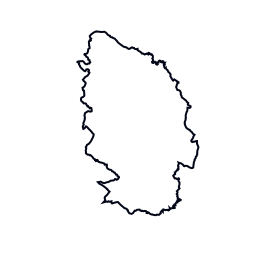 outline of Trinidad García de la Cadena, Zacatecas, Mexico, rotated 306°
{"feature_id": "50627088B14065346793117", "entity_name": "Trinidad García de la Cadena", "entity_type": "district", "adm_level": 2, "iso_a3": "MEX", "parent_name": "Mexico", "parent_adm1": "Zacatecas", "projection": "natural_earth1", "projection_center": [-103.511, 21.223], "detail": "fine", "context": "isolated", "style": "outline", "palette": "ink", "viewbox_px": 256, "rotation_deg": 306, "n_neighbors": 0, "source": "geoboundaries", "source_scale": "gbopen_adm2", "svg_char_len": 5845}
<svg xmlns="http://www.w3.org/2000/svg" viewBox="0 0 256 256"><g transform="rotate(306 128 128)"><path d="M158.0,191.5L157.4,190.8L155.6,189.5L155.4,188.9L154.4,188.2L154.4,187.4L154.7,186.8L155.5,186.5L158.3,186.5L159.5,185.9L161.6,185.8L161.5,184.0L162.2,182.2L162.3,180.2L162.8,179.0L162.4,178.2L162.4,175.5L163.0,173.9L164.6,171.5L165.3,171.3L165.6,170.7L166.2,170.4L168.7,169.7L169.7,168.9L170.3,168.9L171.8,167.4L175.1,166.1L176.9,165.8L179.4,164.2L180.4,165.9L181.1,166.4L181.6,166.4L182.4,165.8L182.4,165.3L181.9,163.2L182.2,162.5L183.7,162.0L183.7,160.4L184.3,159.0L184.5,153.4L185.5,152.4L185.9,151.3L186.7,150.5L187.4,150.2L188.6,148.4L188.5,147.0L187.8,145.5L189.5,142.8L190.9,142.5L191.7,142.0L192.8,142.0L193.3,141.5L194.3,142.3L194.7,142.0L194.5,136.8L192.9,136.6L193.3,135.1L194.9,131.7L196.4,131.0L197.1,128.6L197.0,127.8L198.1,125.9L198.0,125.1L198.6,123.2L199.0,123.0L198.2,122.5L198.6,121.6L200.1,119.8L200.9,119.9L201.1,120.3L201.6,119.6L202.4,119.5L201.5,118.6L201.9,118.1L202.6,117.7L202.7,117.4L202.4,116.7L202.1,116.4L201.0,116.7L200.7,116.0L201.3,114.8L201.3,114.3L201.0,113.8L200.2,113.6L199.0,114.2L198.4,113.2L197.8,113.5L196.9,114.6L196.4,114.4L196.1,113.6L196.2,113.2L197.3,111.7L197.5,110.8L197.0,110.4L195.6,110.4L195.1,109.4L195.2,109.0L195.8,108.5L196.4,108.8L197.0,108.8L198.1,107.9L198.5,106.8L199.5,106.8L200.6,106.0L201.1,105.4L201.5,103.9L200.9,103.7L201.1,102.9L200.6,102.2L201.1,101.7L201.0,100.6L200.4,100.3L199.4,100.9L199.1,99.3L198.4,99.1L197.9,98.4L197.3,98.3L197.0,96.1L196.4,95.6L196.4,95.2L196.9,94.2L196.6,90.2L197.5,89.4L197.0,89.2L197.2,88.8L196.6,88.3L196.1,87.3L196.0,86.4L196.3,85.8L195.6,84.5L195.6,83.8L192.7,82.6L192.3,81.7L192.2,78.7L191.7,78.2L191.2,76.4L191.2,71.4L191.4,69.1L191.8,68.4L192.5,64.5L192.0,62.8L192.1,61.8L191.7,61.5L191.4,60.3L191.5,59.7L192.0,59.3L191.5,57.4L192.2,54.0L192.0,52.4L189.9,49.9L188.5,47.2L187.7,46.4L187.6,45.6L185.5,44.3L182.3,43.2L179.9,43.0L179.1,44.0L178.6,45.7L177.6,45.4L177.0,46.5L176.5,46.4L175.9,45.5L174.7,45.7L172.1,48.0L171.8,48.1L171.5,48.7L170.1,50.0L168.3,49.5L166.5,50.6L164.5,51.1L163.4,50.5L162.4,49.4L161.8,49.6L161.5,51.8L161.1,52.6L161.4,53.6L161.3,54.1L160.6,55.2L159.9,55.6L160.2,57.0L159.7,57.2L159.1,58.7L158.6,58.5L157.9,58.9L157.4,58.8L156.8,57.9L155.6,57.5L155.0,56.6L154.9,55.1L155.5,53.2L155.5,52.0L153.2,49.2L151.9,48.2L151.6,48.3L151.7,50.4L150.5,51.1L150.2,52.4L149.6,52.9L149.1,54.4L148.5,58.8L148.7,59.9L149.5,60.1L150.9,59.9L152.0,61.0L152.0,62.2L151.6,62.6L150.3,62.7L150.1,63.3L150.2,64.2L149.3,64.5L146.4,64.5L144.2,63.4L140.5,63.2L139.9,65.3L139.8,66.9L139.1,67.6L136.3,68.3L134.7,68.0L133.9,67.5L132.1,69.4L132.4,70.2L132.2,70.6L128.5,73.7L126.8,73.5L125.2,72.5L123.9,72.8L122.6,74.0L122.3,75.1L122.4,76.2L121.9,77.4L121.9,77.8L122.6,78.5L123.0,79.6L122.0,81.5L122.3,82.4L121.7,82.8L122.0,83.3L121.5,85.4L122.4,85.7L122.6,86.6L120.8,88.4L120.4,88.7L119.8,88.6L119.0,87.7L118.2,85.8L114.9,84.5L114.0,84.7L113.4,85.2L112.6,85.3L111.1,87.1L110.0,87.5L109.4,88.1L105.5,89.1L104.7,90.2L103.1,90.4L102.4,90.7L101.0,92.4L102.0,93.0L104.6,93.0L104.8,93.7L103.5,100.9L103.1,101.7L102.8,103.8L102.5,104.2L100.0,105.1L95.2,105.8L92.2,105.6L90.1,104.7L88.9,105.1L87.9,105.0L87.4,105.4L87.1,106.2L84.9,107.0L83.9,108.2L83.0,108.6L82.7,109.2L82.7,110.9L83.4,111.9L83.3,112.8L83.5,113.2L83.9,113.3L84.0,113.8L83.7,116.3L83.0,118.2L83.3,119.3L82.6,120.1L83.4,121.1L82.7,121.1L82.4,121.5L82.9,122.0L83.6,122.0L84.0,122.3L84.0,122.7L83.6,123.1L83.3,124.0L83.8,125.0L83.7,125.6L84.5,127.0L85.3,129.7L84.6,130.7L85.5,131.5L85.4,132.0L85.9,132.5L85.5,132.9L84.3,133.3L83.2,135.1L83.4,137.5L84.1,138.8L84.1,139.6L83.6,140.6L84.0,141.4L83.8,143.0L84.1,143.4L83.3,145.8L83.8,146.5L83.7,146.9L82.8,148.0L83.2,149.2L82.7,149.8L80.9,149.9L79.8,149.5L79.4,149.2L79.5,148.1L79.1,147.5L78.0,147.5L77.2,147.2L75.1,144.9L73.1,144.1L70.8,142.1L69.7,141.5L68.9,140.1L68.5,137.4L66.5,135.5L66.1,137.5L66.6,140.7L66.5,146.2L66.2,146.6L66.4,147.4L65.9,148.1L65.7,150.5L61.7,150.4L59.0,149.9L58.2,150.0L57.3,150.6L56.1,152.1L53.3,151.8L55.8,153.8L56.2,154.9L57.3,155.3L57.5,156.5L59.0,157.7L57.8,158.5L57.6,159.5L60.2,161.4L62.2,163.3L61.5,167.1L61.1,172.2L61.8,174.4L61.3,175.5L61.4,176.3L60.8,176.5L59.8,179.1L60.6,181.3L62.0,182.1L65.0,182.0L65.5,182.9L67.0,183.3L68.5,184.9L68.8,185.5L68.4,186.3L68.9,188.0L69.4,188.1L69.8,189.4L70.7,190.2L71.3,191.4L71.3,192.5L70.2,192.9L70.5,193.8L71.8,194.4L71.5,196.2L71.9,198.0L72.5,198.6L72.5,199.3L73.3,200.9L74.1,202.0L75.0,202.3L75.4,203.3L76.2,204.2L76.6,204.1L78.1,204.7L79.0,203.9L81.0,204.0L80.7,205.4L82.1,204.5L82.9,204.4L83.5,206.5L84.8,207.7L85.0,209.1L85.5,209.4L85.8,208.9L87.3,209.7L87.9,208.9L87.8,210.0L88.9,210.6L90.7,212.8L90.9,212.7L90.8,210.8L91.1,210.8L91.3,211.2L91.5,211.1L92.0,209.6L92.1,210.7L92.7,211.6L93.2,211.9L93.4,211.5L93.1,210.7L93.5,210.5L94.3,211.2L95.5,210.8L96.7,211.6L97.2,210.9L98.0,211.6L98.2,210.6L98.6,210.4L99.0,210.6L99.0,211.6L99.5,212.2L100.0,212.2L100.4,213.0L100.9,212.8L100.4,209.5L101.4,208.9L101.5,208.0L102.9,207.5L103.2,206.2L104.3,206.2L105.2,205.8L105.6,204.7L109.4,205.2L110.1,203.8L112.6,202.8L114.2,201.7L114.7,200.3L115.8,199.1L116.6,199.4L117.0,199.0L117.1,198.6L116.8,198.3L115.7,198.1L115.5,197.8L115.6,197.4L115.4,197.1L115.4,196.2L114.7,195.4L115.9,192.7L117.2,192.7L118.3,193.3L119.5,192.1L119.7,192.4L121.4,192.3L122.8,192.6L123.1,193.0L123.7,192.8L123.8,192.3L124.1,192.3L124.5,192.9L125.2,192.5L125.9,191.6L126.3,191.6L126.6,190.9L127.2,190.5L129.1,190.2L129.7,189.3L129.9,190.4L130.6,191.4L130.6,194.2L130.1,195.3L130.2,196.0L131.0,196.4L132.1,198.2L132.3,201.1L132.9,203.0L133.3,203.5L134.3,204.0L139.1,201.4L141.2,200.9L141.7,200.4L143.3,200.5L144.4,199.8L145.8,200.0L146.3,199.6L147.5,199.5L148.5,198.5L149.0,198.4L150.1,197.6L153.6,196.4L154.1,196.0L155.8,193.1L158.0,191.5Z" fill="none" stroke="#020617" stroke-width="2"/></g></svg>